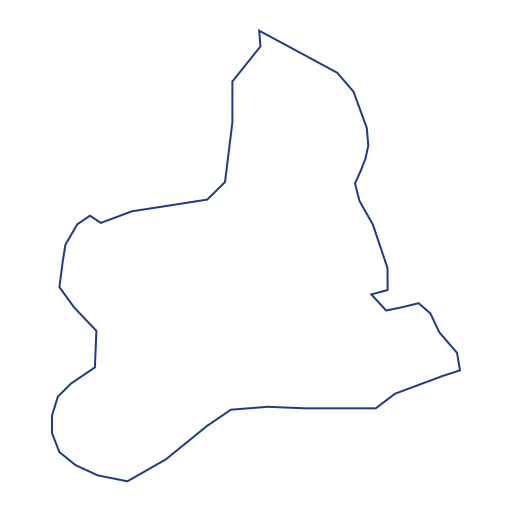 outline of Donghae-si, Gangwon, South Korea
{"feature_id": "91817680B21216327036282", "entity_name": "Donghae-si", "entity_type": "district", "adm_level": 2, "iso_a3": "KOR", "parent_name": "South Korea", "parent_adm1": "Gangwon", "projection": "natural_earth1", "projection_center": [129.058, 37.511], "detail": "fine", "context": "isolated", "style": "outline", "palette": "blue", "viewbox_px": 512, "rotation_deg": 0, "n_neighbors": 0, "source": "geoboundaries", "source_scale": "gbopen_adm2", "svg_char_len": 765}
<svg xmlns="http://www.w3.org/2000/svg" viewBox="0 0 512 512"><path d="M89.9,215.7L77.2,224.4L65.4,244.8L62.4,263.8L59.4,287.1L74.2,307.5L96.4,330.9L94.9,367.4L71.2,383.4L57.9,396.6L52.0,415.6L52.0,424.3L52.0,433.1L59.4,452.1L75.6,465.2L97.8,475.4L127.4,481.3L165.8,459.4L207.2,425.8L230.9,409.7L267.8,406.8L304.8,408.3L335.8,408.3L375.8,408.3L395.0,393.7L442.3,376.1L460.0,370.3L457.0,352.8L439.3,332.3L430.4,313.4L418.6,303.2L400.9,307.5L386.1,310.5L371.3,294.4L387.6,290.0L387.5,268.1L372.8,224.4L359.5,201.0L355.0,183.5L360.9,170.4L365.4,158.8L368.3,145.6L366.8,128.1L359.4,107.7L353.5,91.7L337.3,72.8L259.2,30.7L260.4,46.5L232.4,81.5L232.4,122.3L225.0,182.1L207.2,199.6L131.9,211.3L100.8,222.9L89.9,215.7Z" fill="none" stroke="#1e3a8a" stroke-width="2"/></svg>